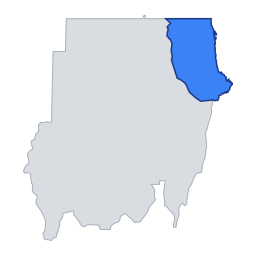 where Red Sea sits in Sudan
{"feature_id": "SDN-149", "entity_name": "Red Sea", "entity_type": "State", "adm_level": 1, "iso_a3": "SDN", "parent_name": "Sudan", "parent_adm1": "", "projection": "equal_earth", "projection_center": [36.534, 19.492], "detail": "fine", "context": "in_parent", "style": "filled", "palette": "blue", "viewbox_px": 256, "rotation_deg": 0, "n_neighbors": 0, "source": "natural_earth", "source_scale": "10m", "svg_char_len": 7522}
<svg xmlns="http://www.w3.org/2000/svg" viewBox="0 0 256 256"><path d="M176.1,227.2L173.7,227.2L173.5,226.5L173.5,224.4L173.8,222.9L174.7,220.5L174.5,219.1L174.6,217.2L174.0,215.1L168.4,208.8L167.3,207.1L164.3,205.6L164.8,203.8L163.6,191.1L164.3,189.6L164.4,187.4L164.4,185.5L165.2,182.2L165.3,180.8L159.3,180.7L159.2,182.1L159.5,183.7L159.5,184.3L151.2,184.4L154.5,189.4L154.6,191.5L154.4,194.3L154.4,196.0L154.6,197.1L155.5,199.4L155.5,199.8L155.2,200.3L149.3,207.0L148.3,210.1L147.5,211.7L145.8,214.4L140.4,221.5L139.5,222.0L135.4,222.2L135.0,222.4L134.7,222.7L131.0,218.5L125.1,213.5L121.2,216.1L120.1,217.0L120.1,219.5L119.5,220.7L118.4,222.0L115.5,222.9L114.0,223.6L112.2,225.0L110.5,227.2L110.3,228.4L110.5,229.5L100.5,229.4L99.9,228.6L98.5,224.8L97.5,225.1L88.4,224.6L87.1,225.0L84.5,226.6L83.1,226.8L81.8,226.1L77.1,218.7L76.1,217.8L75.0,216.0L74.0,215.3L73.7,214.7L73.6,213.9L73.6,212.3L73.3,211.3L72.5,211.0L66.1,212.8L65.2,212.6L63.8,212.9L63.4,213.2L62.8,214.2L62.7,216.2L62.5,217.2L62.0,218.3L60.2,220.8L59.7,221.9L59.8,224.7L59.7,226.1L59.4,226.7L58.6,227.8L58.3,228.4L57.9,232.0L56.9,234.1L56.6,234.9L56.5,236.4L56.4,236.9L53.5,238.1L52.4,238.9L51.7,240.1L51.5,240.6L50.3,240.2L48.7,239.9L45.7,239.5L44.5,238.9L43.9,238.1L44.1,236.0L43.8,235.5L43.3,235.1L43.0,234.2L43.1,233.1L44.7,230.6L45.1,229.2L45.6,223.0L45.5,221.1L44.3,217.6L41.4,211.6L40.8,210.4L37.2,205.5L36.8,204.7L35.9,202.6L37.0,198.1L37.1,196.8L36.8,195.5L35.9,194.5L35.1,194.4L34.0,193.2L33.4,192.6L32.8,191.5L32.3,190.0L32.7,184.6L32.6,183.9L31.6,183.7L31.4,183.3L31.5,182.3L31.0,179.2L30.5,176.7L30.8,175.3L30.1,173.4L28.6,172.6L25.7,173.2L24.8,173.1L24.2,172.7L23.8,172.0L23.6,171.2L23.8,170.0L24.7,167.7L25.8,165.8L27.9,164.1L28.4,163.2L28.8,162.2L28.9,161.0L28.8,159.8L28.5,158.7L28.0,157.2L27.4,155.5L27.4,154.3L27.7,153.5L28.3,152.5L30.4,150.5L32.6,148.8L32.9,148.3L32.8,147.6L31.9,146.2L31.6,143.6L31.1,141.8L32.2,140.4L33.0,139.9L34.3,139.5L34.8,138.9L35.0,137.8L34.9,136.7L35.4,136.0L36.0,134.3L36.5,133.5L38.2,131.6L38.6,130.3L38.7,129.1L38.4,125.4L39.3,123.8L40.5,122.6L42.3,122.6L44.9,122.4L46.7,121.8L48.0,121.8L51.0,122.5L51.3,122.2L51.5,121.3L53.1,51.5L65.2,51.5L65.4,51.4L66.3,18.7L142.1,18.7L142.7,18.6L143.9,15.6L144.4,15.4L145.2,15.5L145.5,16.3L144.8,18.7L211.0,18.7L211.1,22.4L211.6,25.4L213.5,29.7L215.1,32.0L215.7,33.2L215.8,33.8L215.7,34.4L215.2,33.7L214.4,33.3L214.3,35.3L214.7,39.4L215.3,42.3L214.9,44.9L214.9,49.4L215.8,54.8L215.6,58.3L217.0,66.4L218.4,70.9L219.1,72.0L220.0,72.6L221.6,72.9L223.9,75.2L225.8,77.6L226.5,78.9L227.4,80.3L228.0,80.0L228.4,79.7L229.0,80.8L232.0,83.2L232.4,84.3L231.4,85.4L230.1,87.3L229.5,89.1L229.2,89.7L228.2,90.8L228.1,91.3L227.6,91.6L227.2,91.7L226.2,92.3L225.2,92.1L224.3,92.4L224.0,92.8L223.2,93.2L222.3,93.4L220.7,94.9L219.4,95.6L218.9,96.2L218.2,99.2L217.7,100.0L215.7,100.0L214.7,100.3L213.4,100.0L212.7,100.0L212.6,100.6L212.3,103.2L212.4,104.3L211.2,107.2L211.6,112.7L210.5,116.8L210.3,117.7L209.2,120.9L208.7,122.2L207.3,128.2L206.7,130.1L205.5,132.1L206.7,146.7L205.7,151.2L205.8,153.6L205.1,157.2L204.5,158.9L203.6,160.9L202.9,163.2L202.2,166.1L201.8,171.8L201.5,172.3L198.0,173.0L196.8,173.4L196.1,174.0L195.2,175.5L193.3,179.4L192.4,181.9L190.9,185.2L189.1,187.6L188.7,188.7L188.4,190.8L187.8,194.2L187.2,196.6L187.3,198.6L186.7,201.9L186.8,203.6L186.2,204.5L185.4,205.3L184.8,205.6L182.3,203.3L180.6,204.9L179.5,207.0L178.6,209.2L179.1,213.9L179.0,214.9L178.8,216.0L177.1,220.6L176.6,222.7L176.1,226.3L176.1,227.2Z" fill="#d9dde1" stroke="#a8b0b8" stroke-width="1"/><path d="M232.3,84.3L230.6,86.2L230.2,86.9L229.5,89.4L229.2,90.1L228.9,90.4L228.3,90.7L228.1,91.0L228.0,91.3L228.0,91.7L228.0,92.0L227.8,92.3L227.5,92.3L227.3,92.2L227.1,91.9L226.9,91.7L226.5,91.9L226.4,91.9L226.4,92.1L226.4,92.3L226.4,92.5L226.3,92.8L226.1,93.0L225.9,93.0L225.8,92.7L225.8,92.3L225.8,92.1L225.7,91.9L225.4,91.9L225.1,92.0L224.3,92.8L223.9,93.4L223.7,93.6L223.4,93.7L223.1,93.6L222.7,93.2L222.0,93.4L221.5,94.6L221.0,95.0L220.5,95.0L218.9,95.7L218.7,95.8L218.7,96.0L218.8,96.8L218.8,97.1L218.8,97.7L218.7,98.1L218.4,98.7L218.4,99.1L218.3,99.4L217.6,100.5L216.4,100.1L216.1,100.1L215.5,100.6L215.1,100.6L214.9,100.6L214.3,100.7L214.1,100.7L213.7,100.3L213.5,100.2L213.2,100.2L212.8,99.9L212.6,99.8L212.4,99.8L212.3,100.0L201.0,101.2L200.8,101.1L200.4,101.0L196.0,98.0L190.0,92.8L189.5,92.2L189.3,91.8L188.1,89.4L186.5,85.4L186.3,85.0L185.8,84.3L184.4,82.5L181.5,80.3L179.2,79.1L177.4,78.4L177.2,78.1L171.5,60.2L171.4,60.0L171.4,59.8L171.5,59.7L171.9,58.6L172.0,57.8L172.1,57.4L172.1,56.7L171.9,54.0L171.3,51.5L171.2,50.6L171.3,49.3L171.5,47.6L171.8,46.7L172.0,46.2L171.9,45.8L171.8,45.6L171.9,44.6L171.9,43.9L171.9,43.6L171.9,43.3L171.7,42.7L171.5,42.1L171.4,41.9L171.1,41.3L171.1,41.1L170.9,40.9L170.6,40.3L170.4,39.4L170.3,39.2L170.2,39.1L169.5,38.9L169.4,38.9L169.2,38.7L168.9,38.4L168.1,37.1L168.0,36.9L167.3,36.4L167.2,36.3L167.0,35.9L167.0,35.7L167.0,35.3L167.0,35.1L167.3,34.3L167.3,33.9L167.4,33.4L167.3,32.2L167.3,31.9L167.7,31.3L167.8,31.2L167.9,30.8L168.0,30.2L168.0,29.8L168.0,29.6L167.9,29.2L167.9,28.4L167.9,28.2L167.8,27.9L167.7,27.8L167.6,27.6L167.3,27.2L167.1,26.9L170.6,23.4L165.8,18.7L166.1,18.7L168.6,18.7L171.5,18.7L174.3,18.7L176.9,18.7L177.0,18.7L180.0,18.7L182.8,18.7L185.6,18.7L188.4,18.7L191.3,18.7L194.1,18.7L196.9,18.7L199.8,18.7L202.6,18.7L205.4,18.7L208.3,18.7L211.1,18.7L211.1,19.0L210.8,19.1L210.6,19.2L210.9,19.5L211.0,19.7L211.0,21.7L211.3,23.9L211.2,24.4L211.3,24.5L211.4,24.9L211.5,25.1L211.6,25.3L212.3,27.4L213.9,30.5L215.0,31.7L216.3,33.8L216.4,34.1L216.3,34.4L216.3,34.7L216.1,34.8L215.9,34.7L215.6,34.9L215.4,34.7L215.1,34.0L215.0,33.8L214.9,33.6L214.9,33.4L215.1,33.4L215.2,33.5L215.3,33.8L215.6,34.1L215.8,34.2L215.5,33.6L215.3,32.9L215.2,32.7L215.0,32.8L214.7,32.4L214.6,32.6L214.4,32.4L214.4,32.2L214.5,31.8L214.5,31.6L214.4,31.4L214.0,31.3L213.8,31.6L213.7,32.1L213.8,32.4L213.8,32.5L214.0,32.6L214.0,32.9L213.9,33.0L214.0,33.4L214.0,33.6L213.9,33.8L213.7,34.0L213.6,34.4L213.7,34.5L214.0,35.0L214.3,36.0L214.5,37.0L214.6,39.2L214.8,40.2L215.3,42.1L215.4,43.2L215.3,43.5L215.2,43.9L214.8,43.8L214.7,44.0L214.8,44.5L214.7,45.7L214.8,46.4L214.8,46.6L215.1,47.6L215.2,48.1L215.2,48.7L215.3,49.5L215.1,50.1L215.1,50.4L214.9,50.6L214.9,50.8L214.9,51.2L215.0,51.8L215.7,54.4L215.8,54.9L215.8,56.0L215.8,56.3L215.7,56.5L215.5,56.8L215.5,57.1L215.6,58.1L215.6,58.4L215.6,58.5L215.8,59.1L216.1,60.1L216.6,63.6L216.7,65.3L216.7,65.5L216.8,65.6L217.0,65.8L216.9,66.1L217.2,66.8L217.4,67.6L217.6,68.6L217.8,69.3L217.9,70.2L218.1,70.5L218.3,71.1L218.6,71.7L219.0,72.2L219.1,72.4L219.2,72.6L219.4,72.7L219.5,72.6L220.5,72.4L220.9,72.2L220.9,72.5L221.2,72.7L221.4,72.7L221.7,72.7L221.8,72.9L221.8,73.2L222.0,73.4L221.9,74.0L222.1,73.9L222.4,74.0L222.6,74.2L224.0,74.7L224.5,75.4L224.8,76.1L225.4,76.8L225.7,77.1L226.2,77.3L226.4,77.6L226.2,77.9L225.9,78.1L225.8,78.7L226.2,79.6L226.8,80.3L227.4,80.5L227.9,80.4L228.0,79.8L228.2,79.7L228.7,79.3L228.7,79.5L228.5,79.8L228.3,79.9L228.3,80.0L228.3,80.4L228.2,80.6L227.8,80.7L227.7,80.7L227.6,80.8L228.2,80.7L228.3,80.7L228.4,80.8L228.5,80.9L228.7,81.0L228.8,81.1L229.2,81.1L229.3,81.2L229.5,81.3L229.7,81.2L229.5,80.9L229.7,80.7L230.0,81.0L230.4,81.8L230.2,82.1L230.4,82.2L230.8,82.3L231.0,82.1L231.1,82.3L231.1,83.0L231.5,83.2L231.6,82.6L231.4,82.3L231.6,82.5L232.1,83.1L232.2,83.4L232.2,83.7L232.2,83.8L232.3,84.2L232.3,84.3ZM215.8,37.4L215.9,37.5L216.0,37.5L216.0,37.8L215.9,38.8L215.8,39.1L215.7,39.1L215.5,38.7L215.5,38.2L215.6,37.7L215.8,37.4Z" fill="#3b82f6" stroke="#1e3a8a" stroke-width="1.5"/></svg>